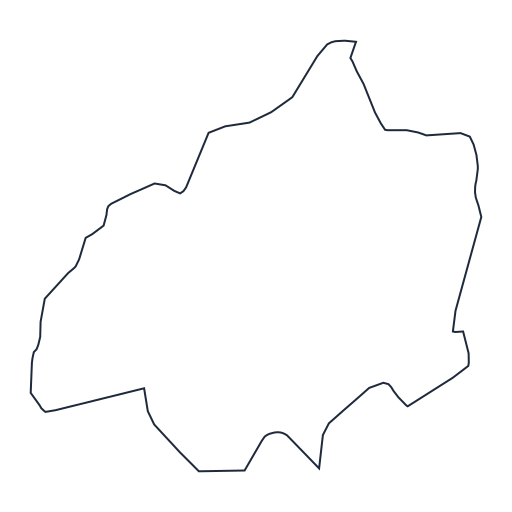 the border of Jalapa
{"feature_id": "GTM-1961", "entity_name": "Jalapa", "entity_type": "Department", "adm_level": 1, "iso_a3": "GTM", "parent_name": "Guatemala", "parent_adm1": "", "projection": "equal_earth", "projection_center": [-89.954, 14.656], "detail": "fine", "context": "isolated", "style": "outline", "palette": "slate", "viewbox_px": 512, "rotation_deg": 0, "n_neighbors": 0, "source": "natural_earth", "source_scale": "10m", "svg_char_len": 1377}
<svg xmlns="http://www.w3.org/2000/svg" viewBox="0 0 512 512"><path d="M30.7,392.9L31.9,362.9L32.5,358.1L33.8,352.2L36.6,349.2L38.3,344.8L40.2,336.9L40.6,321.7L44.8,298.7L68.2,273.0L74.4,267.8L75.7,266.3L79.1,259.4L85.7,237.8L87.0,237.1L92.0,234.3L103.6,225.6L106.4,215.2L107.2,208.9L108.4,206.1L111.3,203.7L130.3,194.2L154.6,183.5L165.5,185.3L174.3,190.9L180.1,193.4L183.4,191.2L186.1,187.4L208.6,132.8L225.3,126.3L249.5,122.6L271.3,112.1L292.3,97.2L317.4,56.0L327.2,44.4L331.3,42.3L335.4,41.2L344.7,40.7L356.0,41.8L350.4,58.0L352.5,61.5L356.8,71.4L363.5,83.8L375.0,112.5L380.9,123.5L385.1,129.8L387.4,130.2L406.7,130.2L418.2,132.5L426.4,135.4L460.5,133.1L469.8,136.6L473.6,144.5L476.4,154.8L477.8,166.0L477.8,169.1L476.3,180.8L475.6,183.6L475.2,186.4L475.0,192.2L475.8,197.6L478.5,205.7L481.3,217.0L455.5,310.8L452.9,331.5L455.4,332.0L463.1,331.5L468.6,353.2L468.8,362.7L468.3,365.9L452.7,377.8L407.7,406.3L406.3,405.4L398.3,397.2L393.5,390.9L391.2,387.1L388.4,384.1L383.3,382.8L369.2,387.9L357.4,398.3L343.6,410.3L328.9,423.3L322.9,435.0L319.1,468.4L287.0,435.3L284.8,434.0L282.8,433.1L280.7,432.5L277.8,432.2L274.5,432.5L269.5,433.8L266.8,435.1L264.7,436.6L261.8,440.8L244.6,470.5L198.9,471.3L179.9,452.3L154.2,424.5L147.8,411.2L144.1,388.3L64.8,407.9L55.5,410.2L45.5,411.9L44.0,410.8L41.2,408.1L39.7,405.4L30.7,392.9Z" fill="none" stroke="#1e293b" stroke-width="2"/></svg>